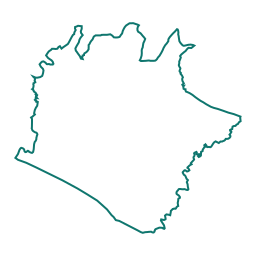 Pujehun, Southern, Sierra Leone
{"feature_id": "65957751B2614126839094", "entity_name": "Pujehun", "entity_type": "district", "adm_level": 2, "iso_a3": "SLE", "parent_name": "Sierra Leone", "parent_adm1": "Southern", "projection": "albers", "projection_center": [-11.562, 7.3], "detail": "fine", "context": "isolated", "style": "outline", "palette": "teal", "viewbox_px": 256, "rotation_deg": 0, "n_neighbors": 0, "source": "geoboundaries", "source_scale": "gbopen_adm2", "svg_char_len": 5670}
<svg xmlns="http://www.w3.org/2000/svg" viewBox="0 0 256 256"><path d="M240.5,116.6L233.8,114.1L228.3,112.6L223.3,110.8L217.7,108.9L213.9,107.9L210.9,106.8L206.2,104.2L203.3,102.3L200.7,100.9L198.2,99.2L195.4,97.2L192.5,94.9L189.6,93.1L187.4,92.1L186.0,91.6L185.5,90.5L185.5,89.3L184.5,89.2L183.6,88.8L183.5,88.1L183.3,86.7L183.9,85.8L183.0,85.9L182.3,84.7L183.1,84.0L183.8,83.5L183.4,82.6L182.5,81.0L182.2,79.5L182.3,78.4L182.9,77.3L181.8,75.2L180.9,74.3L180.5,73.7L180.9,73.0L180.3,72.3L179.6,71.4L179.6,70.6L180.2,69.1L180.4,68.3L179.3,66.5L178.8,65.1L179.3,63.2L179.2,61.6L180.3,58.9L180.8,57.4L180.1,56.0L181.3,54.5L184.0,52.2L185.6,51.0L186.8,49.4L187.9,48.3L188.5,47.8L189.9,47.9L191.3,48.0L192.6,47.0L194.3,45.6L193.0,45.0L190.5,44.6L188.3,44.8L185.4,45.5L183.8,45.8L182.6,45.3L181.3,43.9L180.3,42.7L179.4,41.2L179.0,38.7L178.6,35.9L178.2,34.3L178.4,32.6L178.1,30.4L177.7,29.5L177.0,29.2L174.6,31.9L173.8,32.6L172.1,34.4L170.0,36.8L169.3,37.8L168.6,38.9L168.3,40.0L168.3,41.2L166.7,43.5L165.2,45.2L163.6,47.9L162.6,50.3L161.3,52.8L159.5,55.8L158.1,57.3L157.5,58.2L157.0,59.1L156.0,60.1L155.3,60.6L153.9,60.8L150.4,60.8L149.0,60.5L147.5,60.6L145.9,60.8L144.0,60.9L141.9,61.0L140.9,61.0L139.8,60.3L140.6,58.8L141.6,55.6L141.8,53.2L141.7,50.6L141.9,49.2L142.7,47.4L143.0,45.2L143.4,43.0L144.3,41.2L145.2,38.9L144.1,37.4L142.9,36.1L140.7,33.4L139.3,32.4L138.3,31.9L137.5,30.4L137.4,28.6L137.9,26.7L138.9,25.3L137.8,24.7L133.3,23.2L129.5,23.3L126.1,25.5L124.7,27.2L123.8,28.8L122.8,30.9L122.1,33.5L121.0,34.8L119.6,36.9L117.8,37.4L115.5,37.5L113.8,37.3L112.4,35.7L110.3,34.3L107.0,34.8L103.5,34.8L101.5,34.9L100.7,35.4L95.6,35.4L93.8,36.6L92.5,39.5L91.4,40.7L90.3,42.3L89.5,44.0L88.6,45.1L88.7,46.5L88.6,48.3L88.6,49.3L87.5,51.0L86.3,52.2L84.4,53.4L84.0,54.4L84.0,55.1L82.6,55.5L82.6,56.4L81.9,56.9L82.7,59.0L80.9,58.6L79.9,56.2L77.9,53.5L76.9,52.0L75.8,50.6L75.4,48.4L76.7,45.9L78.8,42.4L79.5,39.6L80.7,37.5L82.7,35.1L81.1,33.0L80.8,31.4L81.7,28.8L81.7,26.2L78.0,25.8L76.4,26.6L75.1,27.0L75.0,28.7L75.7,30.0L74.6,31.9L74.2,33.2L74.2,34.1L72.9,35.0L71.7,37.0L68.9,42.3L67.9,44.0L66.2,45.2L63.4,47.1L61.5,48.6L59.9,46.2L58.5,47.0L57.4,48.7L55.7,49.0L53.9,48.8L52.0,48.8L50.9,50.0L49.3,51.0L48.4,51.9L46.7,54.4L46.1,55.4L48.0,57.9L49.8,59.2L51.5,60.3L52.7,61.7L53.4,63.8L52.8,64.5L50.1,64.5L49.0,64.0L47.8,64.2L46.7,64.1L45.9,63.1L45.1,62.4L43.5,61.4L42.2,61.6L41.1,62.5L39.6,64.3L40.8,66.7L42.9,68.8L43.5,70.4L43.1,72.9L42.7,74.4L42.2,75.9L40.2,77.1L37.2,77.7L35.8,77.7L33.2,76.6L33.5,77.0L34.6,77.3L34.6,78.4L35.0,79.1L34.9,79.7L34.6,80.4L34.7,80.9L35.1,81.4L35.3,82.3L34.5,82.5L34.1,83.1L33.5,83.3L33.5,83.9L33.3,84.3L33.5,85.0L33.6,85.7L33.4,87.0L33.2,87.7L33.0,88.7L32.2,89.2L32.7,89.6L33.3,90.0L33.7,90.5L33.7,91.1L34.2,91.8L35.5,92.6L36.2,93.7L35.6,94.3L36.1,94.8L36.7,94.8L37.2,95.1L37.1,95.6L36.6,95.9L36.0,96.1L35.9,96.7L36.4,97.3L37.0,98.0L35.7,97.8L35.5,99.4L34.9,99.9L35.4,100.5L36.1,100.5L36.1,101.2L36.3,101.8L37.2,101.6L37.8,101.9L37.2,105.8L35.9,107.7L34.8,110.1L34.1,113.3L34.9,114.5L34.1,115.1L32.3,116.8L31.1,117.5L32.0,118.9L32.0,122.3L31.9,127.5L31.7,128.2L32.4,130.3L33.1,131.0L34.1,131.7L35.3,132.4L36.2,132.6L36.5,132.8L37.1,133.5L37.4,134.5L37.1,135.3L36.9,135.5L36.9,135.9L36.4,137.7L36.3,139.4L35.7,140.8L34.7,142.0L34.1,144.2L33.8,148.0L33.7,149.3L33.1,152.0L32.0,152.9L30.9,152.6L29.2,151.9L28.6,151.1L27.9,150.8L27.7,150.8L26.4,151.9L25.3,152.1L24.5,151.2L24.1,149.4L23.0,148.4L21.6,147.9L21.1,147.9L20.6,148.3L20.1,148.9L19.4,150.1L18.0,154.0L16.8,155.8L15.4,157.9L18.0,159.8L26.3,162.8L36.5,167.6L62.4,180.3L77.5,188.5L87.3,194.4L97.2,200.6L107.0,209.4L111.6,215.2L113.6,217.0L115.8,220.1L119.2,220.9L137.5,230.3L140.8,232.1L142.8,232.8L145.1,232.2L147.9,232.0L148.3,231.9L151.1,231.7L152.4,232.4L153.6,232.5L154.5,231.6L154.7,230.5L155.2,229.8L155.2,229.5L155.9,229.0L159.2,227.7L159.6,227.7L160.9,227.7L162.6,227.9L163.3,228.6L164.3,228.8L164.7,228.3L164.0,225.3L161.4,221.3L160.9,220.4L161.2,219.4L164.0,220.0L165.5,219.3L165.6,218.5L165.0,215.6L166.4,214.4L168.5,214.7L170.2,215.2L170.7,212.5L170.9,210.8L171.5,210.3L172.7,209.0L173.5,208.9L174.2,208.5L175.2,208.8L175.9,208.5L176.5,207.2L177.5,206.3L178.2,206.0L177.7,203.0L178.2,200.6L178.2,199.9L178.4,198.7L179.9,197.8L179.9,197.0L179.2,196.0L178.8,195.5L176.9,194.2L176.5,193.7L176.5,192.3L177.0,191.3L177.9,190.4L178.7,189.2L179.3,189.0L180.4,189.0L181.7,189.2L183.2,189.3L184.1,189.1L184.8,189.2L186.3,189.8L187.3,190.0L188.0,189.8L188.4,189.2L187.8,186.5L187.6,184.3L186.8,182.1L187.9,180.1L186.5,178.7L186.2,177.9L185.5,176.2L184.8,175.3L183.8,174.7L183.2,173.5L182.7,172.7L182.8,172.1L184.4,170.4L185.0,170.2L185.6,170.5L187.0,171.5L188.1,171.2L189.4,170.3L189.1,169.5L188.4,168.5L187.4,167.8L187.5,167.4L189.2,165.8L190.2,165.0L191.6,164.3L190.8,163.2L192.6,161.2L193.6,160.2L194.1,159.4L193.5,157.8L193.6,157.0L194.2,156.3L194.7,154.7L194.3,154.0L194.1,153.4L194.4,152.8L196.4,151.9L196.8,152.5L196.5,153.6L196.8,154.3L197.6,154.4L199.1,154.1L200.1,154.9L198.1,156.2L198.8,157.0L200.0,156.4L200.9,155.6L201.1,151.8L202.6,151.1L202.8,149.4L203.5,148.6L204.0,147.7L204.9,146.9L204.3,145.5L204.5,144.9L205.2,144.8L205.5,144.4L206.5,145.6L206.4,146.7L207.6,147.1L209.0,146.9L210.2,147.2L211.2,146.7L212.6,144.5L213.2,143.5L214.3,142.2L215.6,141.4L217.2,142.2L218.8,143.0L220.5,141.5L222.2,141.5L223.5,140.9L224.3,140.6L225.1,139.9L225.7,138.9L227.1,138.9L228.3,138.7L229.6,137.8L230.4,136.7L230.3,135.6L229.5,134.7L230.4,133.5L231.4,131.9L231.1,131.3L230.1,130.7L230.1,129.9L231.1,129.4L232.2,129.1L232.3,128.2L232.6,126.6L233.9,126.0L235.5,125.9L236.5,124.6L237.9,124.0L238.9,122.3L240.6,121.2L240.2,117.6L240.5,116.6Z" fill="none" stroke="#0f766e" stroke-width="2"/></svg>